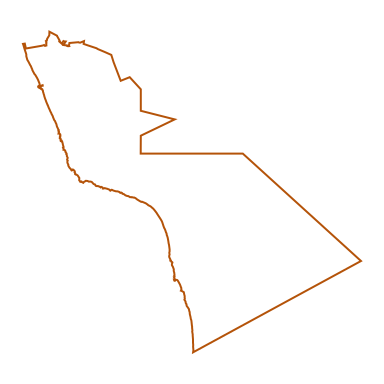 outline of Playas de Rosarito, Baja California, Mexico
{"feature_id": "50627088B91471061308984", "entity_name": "Playas de Rosarito", "entity_type": "district", "adm_level": 2, "iso_a3": "MEX", "parent_name": "Mexico", "parent_adm1": "Baja California", "projection": "orthographic", "projection_center": [-116.976, 32.258], "detail": "fine", "context": "isolated", "style": "outline", "palette": "amber", "viewbox_px": 384, "rotation_deg": 0, "n_neighbors": 0, "source": "geoboundaries", "source_scale": "gbopen_adm2", "svg_char_len": 5474}
<svg xmlns="http://www.w3.org/2000/svg" viewBox="0 0 384 384"><path d="M361.0,261.0L242.8,153.6L140.7,153.6L140.8,135.7L174.7,119.4L140.8,110.8L140.8,89.3L129.7,77.2L120.7,80.8L113.6,62.2L111.3,54.9L105.0,52.1L97.9,49.1L97.3,48.8L96.7,48.3L87.9,45.4L83.6,43.9L84.0,41.1L80.1,42.7L78.6,42.4L78.4,42.2L69.4,43.0L69.0,45.6L69.2,46.1L68.2,46.2L67.4,46.1L67.0,45.9L67.2,45.5L66.9,45.5L66.4,45.3L64.5,45.2L63.4,45.0L65.7,41.5L63.7,41.3L63.4,41.1L61.8,43.3L62.1,43.5L61.9,43.8L59.4,41.6L59.8,41.2L59.4,40.8L59.3,40.6L59.4,40.2L57.4,36.6L57.2,36.4L57.0,35.7L49.4,31.7L49.3,35.3L47.1,38.9L47.0,39.9L46.1,40.8L46.4,41.0L46.2,41.3L46.3,41.4L46.2,42.6L46.4,42.6L46.3,44.7L46.4,45.5L45.0,45.9L44.1,45.0L43.2,45.4L41.0,45.9L25.9,48.5L24.8,43.6L23.0,43.9L23.5,45.3L23.8,46.4L24.8,49.8L26.1,53.7L26.3,54.5L26.3,56.2L27.3,59.8L28.4,61.6L30.3,65.3L30.8,66.0L31.9,68.7L32.2,69.2L32.4,70.2L33.1,71.5L33.4,72.1L33.9,72.9L34.2,73.7L35.1,74.7L35.4,75.1L36.4,76.8L37.1,78.0L38.1,80.0L38.8,81.8L39.3,82.9L39.4,83.2L39.8,85.3L39.7,85.7L39.3,85.8L38.8,85.9L38.4,86.1L38.2,86.5L38.1,86.8L38.2,87.0L38.5,87.4L39.2,87.8L39.4,87.6L38.5,87.0L38.4,86.9L38.5,86.5L38.6,86.4L39.0,86.2L40.8,85.8L42.6,85.2L42.7,85.7L38.9,86.6L38.9,86.8L39.5,86.8L39.8,86.8L40.6,87.3L40.8,87.6L40.8,87.9L40.7,88.2L40.4,88.3L39.9,88.0L40.9,88.9L41.8,89.0L42.2,90.0L41.8,90.3L42.4,90.2L42.2,89.4L42.3,89.4L42.5,90.0L42.8,90.3L43.0,91.1L43.0,91.8L43.4,92.8L43.6,93.8L44.1,95.1L44.3,96.2L45.2,99.0L45.4,99.3L46.3,101.9L47.3,104.3L47.5,104.6L47.5,104.9L47.8,105.3L48.7,107.7L49.7,109.8L50.2,111.1L51.3,113.2L51.6,114.1L52.2,115.1L52.8,116.3L53.2,117.7L53.6,118.4L53.8,119.1L54.3,120.2L55.0,121.0L55.8,123.0L56.0,123.3L56.4,124.2L56.8,126.0L57.2,127.1L57.6,127.8L58.1,129.1L58.8,130.1L58.7,130.6L58.6,130.9L58.4,131.0L58.5,131.2L58.9,131.5L59.0,131.8L58.8,132.4L58.8,132.5L58.6,132.8L58.7,133.1L58.6,133.4L59.3,133.3L59.9,134.0L59.7,134.2L59.7,134.5L59.8,134.8L60.1,135.2L60.4,135.3L60.3,135.8L60.3,136.0L60.3,136.7L60.1,137.0L59.9,137.0L59.9,137.5L60.0,137.7L59.9,137.7L59.8,137.9L59.7,138.1L59.9,138.4L60.3,138.4L60.5,138.6L60.7,138.9L60.8,139.3L60.7,139.5L60.6,139.9L60.8,140.1L60.6,140.5L60.7,140.9L60.8,140.9L60.9,141.1L61.2,141.1L61.4,141.1L61.8,140.9L62.0,141.3L61.9,141.6L62.0,141.8L62.3,142.0L62.3,142.5L62.5,142.8L62.6,143.0L62.9,144.7L63.6,147.1L63.5,147.6L63.4,147.5L63.1,147.6L63.3,148.0L63.3,148.6L63.8,149.2L63.8,149.4L63.6,149.8L64.4,150.0L64.5,150.1L64.9,150.2L65.2,150.8L65.3,150.9L65.3,151.3L65.7,152.0L65.6,152.3L66.5,153.4L66.6,153.7L66.3,154.2L66.4,154.4L66.6,154.6L66.8,155.0L66.9,155.6L66.9,156.1L66.9,156.4L67.6,157.5L67.7,157.9L67.4,158.8L67.1,159.4L67.1,159.7L67.3,160.1L67.7,160.6L67.4,161.2L67.4,162.7L67.9,163.9L68.3,164.6L68.3,165.7L69.4,167.6L71.3,169.7L71.4,170.3L71.7,170.5L72.1,170.3L71.8,169.8L72.4,169.5L73.4,169.7L74.8,171.3L74.8,172.0L74.6,172.3L75.1,173.0L75.1,174.1L75.6,174.5L76.3,174.5L77.7,175.5L79.3,178.0L79.2,180.3L79.8,181.0L80.2,181.8L80.8,181.9L81.0,181.5L81.2,181.4L81.5,181.5L82.2,182.2L83.0,182.7L83.3,182.8L83.6,182.2L84.0,181.9L84.8,181.5L85.8,180.8L87.7,181.0L88.7,181.6L90.7,181.6L91.8,182.0L93.6,184.0L95.2,184.6L95.5,185.5L96.1,186.0L96.8,186.1L97.3,186.1L97.6,186.0L98.1,186.1L99.0,186.4L99.3,186.7L100.5,187.1L100.7,187.4L100.9,187.3L101.2,186.9L101.7,187.1L102.4,187.4L102.6,187.8L103.5,188.3L103.4,188.5L103.8,188.5L104.6,188.1L106.8,188.7L107.3,188.8L109.3,189.6L109.8,190.2L110.0,190.5L110.5,190.7L111.4,189.8L112.2,189.9L113.2,190.5L113.8,190.7L115.9,191.3L117.0,191.3L118.0,191.5L119.6,192.1L120.3,192.9L121.3,192.6L121.9,192.9L122.4,193.4L122.5,193.8L123.8,194.1L125.5,195.4L126.5,195.7L127.1,196.0L128.3,196.1L130.1,197.2L130.6,197.1L131.4,197.1L131.6,197.3L132.2,197.2L133.4,197.6L134.0,197.5L134.6,197.7L135.6,198.2L137.2,199.5L140.0,201.2L141.3,201.9L141.9,201.7L142.7,202.0L145.8,203.3L147.8,204.7L148.2,205.2L149.9,206.0L150.9,206.6L152.4,208.0L153.1,208.5L154.7,210.4L156.6,212.9L157.2,213.9L160.4,218.8L161.6,220.8L162.2,222.1L163.7,226.7L164.3,228.2L164.5,228.4L165.3,230.2L166.0,232.4L166.5,233.3L166.8,235.2L167.1,235.8L167.7,237.7L168.3,241.0L168.7,243.7L169.0,244.7L169.6,249.4L169.6,251.4L169.3,252.6L169.4,253.6L169.6,254.3L169.2,255.9L169.2,256.9L169.7,258.1L170.3,259.3L170.3,260.1L170.3,260.6L171.0,260.7L171.3,261.7L172.0,262.0L172.4,262.4L172.1,263.5L171.9,264.0L171.9,264.7L172.0,265.4L172.8,266.6L173.8,269.3L173.7,270.2L173.9,271.7L174.2,272.5L174.5,275.0L174.2,275.6L174.4,275.9L174.6,276.3L174.3,277.1L174.0,277.2L174.1,277.4L174.3,277.5L174.7,278.9L174.4,279.3L174.0,279.4L174.1,279.6L174.4,279.6L174.6,280.0L174.4,280.2L174.2,280.2L174.2,280.4L174.4,280.5L174.5,280.7L174.9,280.6L175.2,280.0L175.3,280.2L175.6,279.8L176.1,279.9L176.1,280.3L176.3,279.9L176.6,279.9L177.1,280.0L177.6,280.4L178.2,281.3L179.9,284.4L180.4,285.6L180.6,286.4L181.2,287.7L181.3,288.1L181.3,289.5L181.5,289.9L181.4,290.1L181.0,290.7L181.8,291.0L183.8,292.2L184.0,293.2L184.3,294.8L184.6,295.7L184.7,296.8L184.6,297.8L184.8,298.3L184.8,298.8L184.7,299.2L184.4,299.7L184.6,300.1L185.4,301.2L185.6,301.8L185.6,302.4L185.9,303.5L186.5,304.2L186.5,304.9L186.6,305.6L186.8,306.1L187.8,307.4L188.9,309.1L189.3,311.2L189.6,311.8L189.7,312.7L189.8,314.1L190.5,316.9L190.8,318.9L191.3,320.2L191.5,321.6L191.9,325.5L192.1,326.6L192.1,327.1L192.1,328.0L192.2,328.6L192.3,329.6L192.4,330.8L192.2,331.5L192.7,334.4L192.7,335.6L193.0,339.4L193.0,342.6L193.2,345.0L193.1,346.7L193.4,350.2L193.1,352.3L284.8,302.4L361.0,261.0Z" fill="none" stroke="#b45309" stroke-width="2"/></svg>